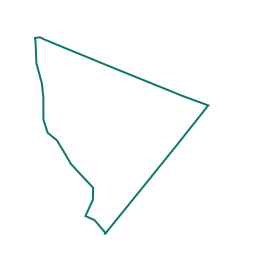 Rockland, New York, United States of America (Equal Earth projection), rotated 172°
{"feature_id": "52423323B64631698212491", "entity_name": "Rockland", "entity_type": "district", "adm_level": 2, "iso_a3": "USA", "parent_name": "United States of America", "parent_adm1": "New York", "projection": "equal_earth", "projection_center": [-73.992, 41.161], "detail": "fine", "context": "isolated", "style": "outline", "palette": "teal", "viewbox_px": 256, "rotation_deg": 172, "n_neighbors": 0, "source": "geoboundaries", "source_scale": "gbopen_adm2", "svg_char_len": 547}
<svg xmlns="http://www.w3.org/2000/svg" viewBox="0 0 256 256"><g transform="rotate(172 128 128)"><path d="M165.9,25.9L124.0,65.0L110.0,78.1L80.0,106.2L45.4,139.2L56.4,145.1L64.0,149.2L70.2,152.5L110.9,176.1L113.0,177.3L137.5,191.5L176.6,214.4L199.0,227.6L201.3,229.3L202.3,229.9L203.4,230.1L207.5,230.1L207.7,225.1L209.7,204.9L207.1,184.2L207.6,170.1L210.6,148.0L208.2,134.4L200.2,125.8L194.3,112.1L189.6,100.5L181.8,89.2L170.9,73.7L172.8,61.7L182.4,46.8L173.9,41.4L165.3,27.7L165.9,25.9Z" fill="none" stroke="#0f766e" stroke-width="2"/></g></svg>